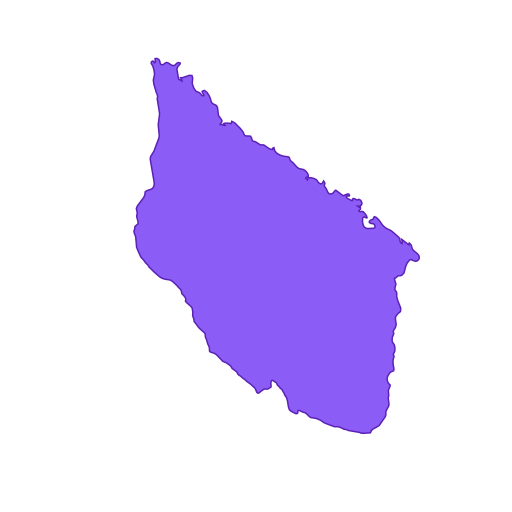 map outline of Cabo Delgado (Equal Earth projection), rotated 307°
{"feature_id": "MOZ-1198", "entity_name": "Cabo Delgado", "entity_type": "Province", "adm_level": 1, "iso_a3": "MOZ", "parent_name": "Mozambique", "parent_adm1": "", "projection": "equal_earth", "projection_center": [39.387, -12.31], "detail": "fine", "context": "isolated", "style": "filled", "palette": "violet", "viewbox_px": 512, "rotation_deg": 307, "n_neighbors": 0, "source": "natural_earth", "source_scale": "10m", "svg_char_len": 6125}
<svg xmlns="http://www.w3.org/2000/svg" viewBox="0 0 512 512"><g transform="rotate(307 256 256)"><path d="M249.6,132.6L251.6,131.8L253.5,130.4L269.4,113.5L270.7,112.6L272.0,112.0L278.3,111.4L291.9,107.4L293.9,106.3L302.1,98.8L310.4,94.1L312.0,93.0L322.1,82.5L324.4,81.3L325.3,80.1L326.9,77.5L331.7,71.1L334.7,68.1L340.0,65.7L342.9,62.9L345.5,59.4L346.8,56.3L348.2,55.6L349.4,56.0L349.9,57.1L349.1,58.6L350.6,59.0L352.8,56.6L354.1,57.8L354.5,60.1L353.7,61.9L352.4,63.3L351.8,64.5L352.4,66.3L353.9,67.0L355.6,67.4L356.9,68.3L357.4,69.9L357.6,73.6L358.2,75.4L359.4,76.3L362.5,76.8L363.8,77.6L364.5,79.4L363.3,79.9L360.2,79.5L357.5,80.5L350.7,87.7L351.2,91.5L352.3,90.2L352.9,88.5L354.5,90.2L360.1,94.0L361.6,96.2L360.1,98.3L355.6,101.1L354.2,102.9L352.5,105.7L351.5,108.8L352.4,112.8L351.7,116.6L352.4,117.7L353.3,117.4L354.4,114.7L355.1,113.9L357.2,115.1L357.2,118.2L356.0,121.7L354.8,124.0L352.2,127.6L351.7,128.8L351.7,130.3L352.3,133.0L352.3,134.1L351.3,136.0L345.9,141.2L345.3,142.6L344.1,146.4L343.5,147.5L342.4,148.0L340.5,148.0L339.5,148.2L340.4,149.8L341.1,151.9L341.7,152.7L342.3,150.5L343.5,151.4L344.8,153.0L345.9,154.8L346.7,156.4L349.0,155.6L349.5,159.1L348.4,166.9L347.5,170.3L346.9,171.8L345.9,173.3L345.5,175.0L346.5,176.7L347.7,178.3L348.4,179.6L347.9,180.8L346.0,183.6L345.9,184.5L346.7,186.1L347.0,187.4L347.2,190.9L347.6,193.0L349.1,194.9L349.4,195.5L349.6,201.5L350.1,203.4L351.1,205.1L351.8,204.6L352.2,204.5L353.3,205.1L351.1,208.0L350.6,211.2L351.1,214.5L352.2,217.7L354.7,222.3L354.7,223.3L353.5,225.0L352.9,226.1L352.7,229.6L351.7,234.9L351.6,236.4L351.9,238.3L353.4,241.3L353.8,243.1L353.7,244.9L353.1,247.1L352.1,249.0L351.0,249.9L348.7,248.8L347.9,249.0L347.7,251.3L349.7,250.7L351.5,252.5L352.7,255.4L353.3,258.1L353.0,259.6L352.5,260.9L352.2,262.3L352.4,264.0L353.1,264.9L354.2,265.2L356.6,264.8L356.3,265.9L355.8,266.8L355.2,267.5L353.3,268.1L352.8,269.1L352.1,271.4L350.0,275.3L349.8,277.2L351.0,278.9L351.8,279.4L352.8,279.6L356.2,279.8L356.6,280.3L356.5,287.8L356.8,289.4L357.5,290.0L358.5,290.4L360.8,291.9L361.3,292.8L360.7,294.2L359.9,294.3L358.5,292.3L357.6,292.3L357.1,293.3L357.1,294.7L357.9,299.5L358.6,299.5L359.4,298.9L360.4,299.0L361.0,300.1L361.6,303.0L362.0,303.5L363.0,303.9L363.4,304.8L363.4,306.0L363.1,307.2L361.8,309.0L360.1,309.5L358.3,308.9L357.0,307.2L357.0,308.1L357.1,309.2L357.4,310.1L357.6,310.2L356.4,311.2L354.1,310.9L353.7,311.7L354.2,312.7L355.2,313.5L355.9,314.8L355.6,316.9L354.7,319.8L353.5,321.6L353.3,321.7L352.6,320.7L352.6,319.8L352.4,319.0L351.5,318.4L350.8,318.3L350.3,318.5L347.9,320.1L346.3,321.7L344.9,323.5L344.3,325.1L344.5,327.2L344.9,328.4L349.0,333.3L350.2,333.8L351.4,333.2L352.5,331.3L352.1,329.8L351.2,328.3L350.9,326.5L351.5,325.8L352.8,325.7L354.1,326.2L355.1,326.9L356.2,327.3L357.6,326.8L358.7,326.9L359.2,328.8L358.8,332.3L356.8,338.6L356.4,342.2L356.6,344.1L357.4,347.8L357.5,349.7L357.0,357.9L356.5,360.0L355.5,361.3L354.3,362.3L353.7,363.8L353.9,365.1L354.9,364.6L357.0,362.4L356.9,371.3L358.6,370.6L358.3,373.1L355.8,376.5L355.2,378.3L355.0,383.0L354.6,385.3L353.6,386.9L351.8,388.0L349.6,387.9L347.8,386.7L347.0,384.3L346.4,381.9L345.0,381.0L341.2,381.0L338.1,381.7L331.5,384.4L328.2,384.0L327.1,383.1L326.3,382.1L325.3,381.3L322.3,380.7L321.9,380.2L321.5,380.1L320.4,381.0L318.4,383.8L317.7,384.7L314.3,386.1L312.8,387.1L311.7,390.0L310.6,391.1L308.2,392.8L306.1,395.5L301.5,402.9L298.9,404.7L297.9,404.7L295.3,404.0L292.0,404.0L290.2,404.7L285.6,409.2L284.0,409.9L282.5,410.4L279.2,410.7L278.4,411.0L276.7,412.9L273.4,413.7L272.1,414.4L270.7,415.4L269.5,416.5L268.4,419.7L266.9,421.6L265.1,423.1L263.5,424.1L260.4,424.8L259.7,425.2L258.9,426.7L258.2,427.0L256.6,427.5L254.7,428.5L251.9,430.8L249.1,433.9L247.2,435.0L244.2,433.3L242.1,433.2L238.6,433.7L236.8,434.6L235.3,436.2L234.1,438.2L233.7,440.8L232.9,441.3L228.1,442.7L224.6,445.9L222.1,447.1L217.6,451.5L216.1,452.2L210.7,453.1L209.5,453.6L206.8,455.6L204.9,456.0L194.8,456.4L191.7,455.2L188.6,453.7L186.2,453.2L183.7,453.8L178.9,448.3L177.7,446.3L177.5,445.2L177.1,444.2L172.3,434.9L171.8,432.7L170.8,430.9L170.5,430.2L170.2,427.7L169.2,424.8L168.4,423.3L167.2,421.9L166.8,421.1L164.3,412.7L163.8,410.6L163.7,409.2L163.7,406.8L163.0,403.5L162.6,402.3L161.5,399.8L160.3,397.7L160.0,396.9L159.8,395.5L160.4,391.4L160.3,389.4L159.8,388.2L159.3,386.5L158.8,383.9L158.4,383.1L158.0,382.7L157.1,382.9L156.0,383.7L155.1,383.8L154.4,383.1L154.0,382.5L153.8,381.7L153.1,377.0L153.3,375.3L153.6,374.7L155.0,372.7L156.6,371.1L158.1,369.4L159.1,368.5L161.4,365.4L162.0,363.1L162.5,362.2L163.3,361.1L164.0,359.0L164.8,357.7L165.0,356.5L165.0,354.7L165.6,353.3L165.7,351.0L165.9,350.5L166.7,349.3L166.9,348.8L166.9,347.9L166.8,344.9L166.6,344.0L166.3,343.6L165.3,343.6L164.0,343.9L160.7,346.7L160.4,346.8L158.2,346.1L156.9,345.5L156.0,344.5L155.2,343.2L154.5,342.6L152.7,341.9L148.5,340.8L148.0,340.5L147.5,339.8L147.6,338.7L149.4,335.7L149.9,334.0L150.1,331.3L150.4,329.5L150.4,328.3L150.3,324.7L150.3,323.7L150.6,321.7L150.5,318.7L150.8,316.0L150.6,313.9L150.7,312.8L150.9,312.1L151.5,311.3L151.8,310.2L151.9,308.8L151.8,305.0L151.9,304.4L152.9,301.9L153.0,301.1L152.8,296.1L152.2,294.2L151.9,292.7L153.0,286.3L153.3,284.5L153.3,282.7L153.1,280.9L151.9,277.6L151.9,276.8L152.0,276.2L154.8,273.8L155.4,273.0L156.8,270.3L159.1,267.3L160.6,264.7L161.5,263.7L162.9,262.6L163.3,262.0L163.6,261.0L164.2,254.3L164.6,252.4L165.8,248.6L166.4,246.0L167.8,244.8L168.9,243.4L169.8,241.8L170.4,241.2L173.3,239.2L176.2,236.0L176.7,233.3L176.9,229.6L177.4,226.9L179.4,225.8L180.0,225.0L180.8,222.5L181.3,219.4L182.5,218.2L183.8,216.3L184.3,212.8L184.8,210.7L185.4,205.2L185.3,202.3L184.0,199.6L183.3,198.5L182.3,196.2L181.9,195.1L181.4,192.6L181.4,191.6L181.9,183.9L182.4,180.7L182.8,177.3L183.7,175.1L184.1,171.9L185.1,168.8L185.7,165.3L186.0,164.4L189.1,158.7L191.1,155.4L199.1,148.2L200.9,145.2L202.2,143.7L204.6,142.8L206.3,141.8L207.2,141.6L209.9,142.3L210.8,142.3L212.3,141.3L215.5,137.2L216.6,136.3L218.3,135.7L219.7,134.4L221.8,131.9L224.6,131.1L235.2,131.1L238.0,130.4L240.5,128.9L242.4,129.4L245.7,131.7L247.4,132.6L249.6,132.6Z" fill="#8b5cf6" stroke="#5b21b6" stroke-width="1.5"/></g></svg>